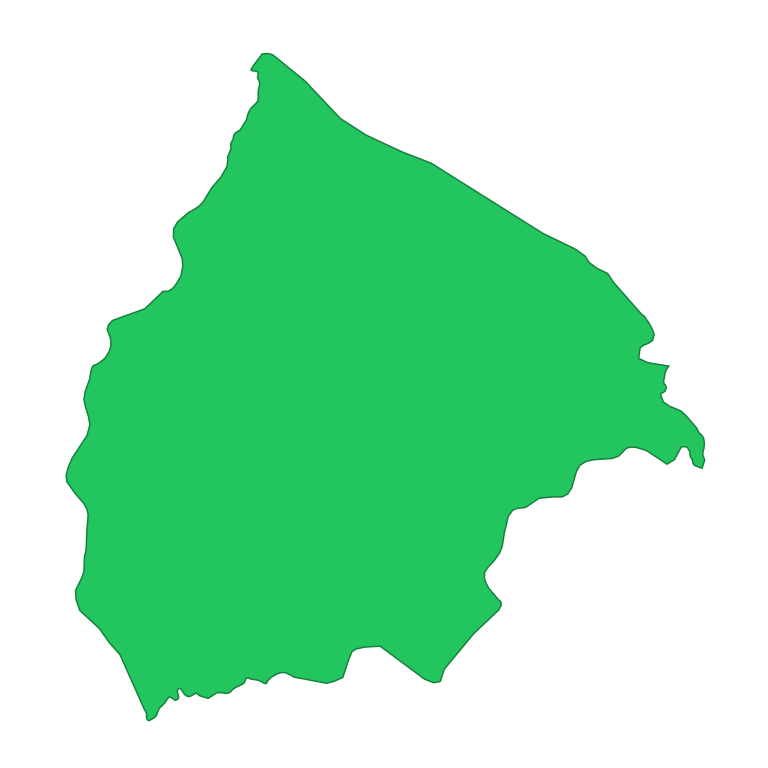 the Province of At-Ta'mim, rotated 179°
{"feature_id": "IRQ-3049", "entity_name": "At-Ta'mim", "entity_type": "Province", "adm_level": 1, "iso_a3": "IRQ", "parent_name": "Iraq", "parent_adm1": "", "projection": "equal_earth", "projection_center": [44.125, 35.305], "detail": "fine", "context": "isolated", "style": "filled", "palette": "green", "viewbox_px": 768, "rotation_deg": 179, "n_neighbors": 0, "source": "natural_earth", "source_scale": "10m", "svg_char_len": 3293}
<svg xmlns="http://www.w3.org/2000/svg" viewBox="0 0 768 768"><g transform="rotate(179 384 384)"><path d="M629.7,63.8L652.7,118.0L663.3,130.4L672.8,144.4L692.1,162.8L695.6,173.7L696.0,182.9L689.0,196.6L687.3,202.4L686.5,216.4L684.8,222.8L683.6,242.6L682.1,258.5L683.2,263.9L686.0,269.4L694.9,280.2L702.9,292.0L703.4,298.3L701.3,306.0L697.1,315.3L681.9,337.6L678.8,348.4L680.0,356.5L682.7,365.8L684.3,374.0L682.6,382.6L678.1,394.3L676.9,401.7L675.8,405.1L674.3,407.5L671.2,408.5L667.4,410.8L662.4,414.7L658.1,421.6L656.5,426.6L656.3,431.4L656.9,435.4L659.8,443.1L658.6,447.7L654.3,452.3L621.8,463.4L603.4,480.4L598.1,480.6L595.6,481.9L592.6,484.2L588.7,489.5L585.2,495.5L583.1,505.3L583.6,513.0L592.0,534.6L591.6,542.8L587.6,549.7L576.2,559.0L569.8,562.4L564.7,566.0L561.6,569.4L552.4,583.8L543.5,593.6L537.1,604.4L536.6,609.0L536.2,610.3L536.1,611.3L536.2,612.7L536.2,614.5L534.8,617.2L533.1,621.4L533.0,622.9L532.8,623.8L533.1,625.8L532.8,627.6L530.9,631.0L530.3,632.4L530.3,633.8L529.6,635.6L528.2,637.7L523.3,640.6L516.8,650.7L515.4,656.2L513.9,659.3L511.6,662.6L506.3,667.7L505.0,669.9L504.6,672.0L504.8,677.4L504.4,680.4L503.0,686.4L503.4,688.7L505.0,692.3L505.0,693.6L504.3,696.0L504.4,697.4L505.2,698.4L506.7,699.0L511.1,699.7L511.3,701.0L509.5,704.0L500.0,716.2L493.7,716.4L489.5,715.1L457.8,688.4L422.9,650.1L397.6,633.2L362.2,615.9L332.9,603.9L305.7,586.1L222.5,531.8L190.4,515.5L180.8,508.5L176.8,501.9L169.3,496.1L158.4,490.5L152.9,481.8L125.6,449.6L122.4,446.9L118.2,440.7L114.6,433.8L113.0,428.9L114.8,422.8L118.9,420.1L123.7,418.4L127.3,415.7L128.9,405.1L120.2,400.8L98.9,396.9L101.5,393.3L102.8,389.9L104.4,381.8L104.0,379.5L102.5,377.7L101.7,375.6L103.0,372.2L104.5,370.9L105.9,370.4L107.1,369.8L107.5,368.3L105.0,361.2L99.1,356.9L87.4,351.7L82.8,347.3L72.2,334.6L70.2,330.5L69.3,329.1L67.4,327.5L65.5,324.6L64.6,319.4L65.3,313.8L66.3,310.6L66.5,307.5L64.7,302.4L67.4,294.2L73.7,296.6L75.4,297.6L76.6,299.8L76.8,301.6L77.3,303.1L79.0,306.1L79.3,308.5L79.4,311.1L81.7,315.1L84.2,316.2L87.9,315.8L94.8,303.4L102.4,298.9L121.1,311.8L125.1,313.8L133.9,316.4L138.3,316.6L142.5,315.7L150.8,307.7L157.2,305.6L175.0,304.7L183.1,303.2L189.7,299.2L193.3,292.7L198.2,276.7L202.3,270.8L207.9,268.0L217.2,268.2L231.1,267.0L244.6,258.1L253.4,257.3L257.9,255.3L262.1,249.4L266.3,232.9L268.7,219.3L271.5,212.8L277.8,204.4L283.2,199.0L286.7,194.0L287.0,187.9L285.3,182.8L282.8,177.9L273.6,166.7L271.0,164.2L270.7,160.7L273.3,156.0L298.7,132.8L328.7,97.8L332.9,85.7L339.3,84.4L348.6,88.2L392.4,121.9L408.0,121.3L416.8,119.5L420.7,116.9L424.3,108.7L430.3,91.3L439.9,87.3L446.9,85.8L469.6,90.6L478.7,92.4L486.6,96.7L489.0,97.3L492.4,97.1L496.4,95.9L502.4,92.4L504.8,90.1L506.8,86.7L508.4,86.6L513.5,89.4L516.0,90.2L522.5,91.4L524.4,92.3L525.7,92.6L526.9,92.4L529.0,87.6L530.4,86.5L538.2,82.9L540.5,81.4L542.3,79.4L544.5,77.8L547.6,77.4L552.8,78.3L556.4,78.3L565.3,72.7L574.4,75.8L575.5,77.3L576.7,78.0L578.6,77.7L582.2,75.5L584.7,74.8L587.7,76.0L589.4,77.9L592.1,82.2L593.7,83.2L595.2,82.9L596.0,80.3L595.7,78.5L595.2,76.7L594.8,74.9L595.1,73.1L596.6,71.9L598.3,71.4L602.6,74.5L604.3,74.8L606.4,72.5L608.0,69.9L610.5,67.2L613.9,64.1L615.4,61.4L617.0,57.2L618.2,55.4L620.1,54.0L624.6,51.6L625.9,51.9L627.2,53.8L627.2,59.1L629.7,63.8Z" fill="#22c55e" stroke="#15803d" stroke-width="1.5"/></g></svg>